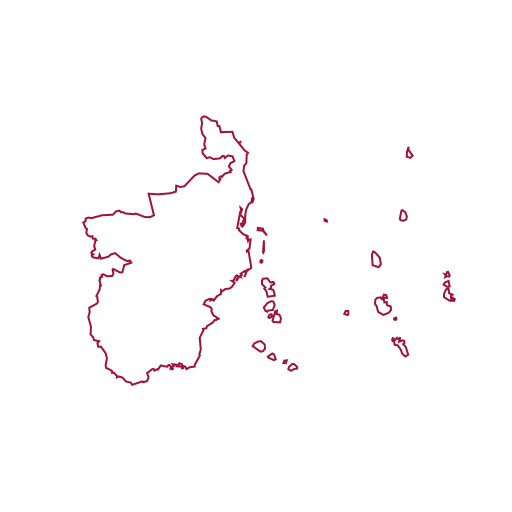 Kota Makassar, Sulawesi Selatan, Indonesia, rotated 158°
{"feature_id": "22746128B73854317646589", "entity_name": "Kota Makassar", "entity_type": "district", "adm_level": 2, "iso_a3": "IDN", "parent_name": "Indonesia", "parent_adm1": "Sulawesi Selatan", "projection": "mercator", "projection_center": [119.406, -5.12], "detail": "fine", "context": "isolated", "style": "outline", "palette": "rose", "viewbox_px": 512, "rotation_deg": 158, "n_neighbors": 0, "source": "geoboundaries", "source_scale": "gbopen_adm2", "svg_char_len": 6141}
<svg xmlns="http://www.w3.org/2000/svg" viewBox="0 0 512 512"><g transform="rotate(158 256 256)"><path d="M407.9,316.0L402.9,312.8L400.6,315.7L400.6,311.5L393.3,310.7L389.8,311.8L385.5,311.4L382.1,305.1L378.1,300.3L376.5,299.1L374.6,299.1L374.1,296.5L381.6,296.9L386.0,291.0L388.3,291.7L393.3,297.5L394.0,297.3L394.9,292.9L396.9,291.4L401.4,292.8L404.5,296.3L406.4,296.2L406.7,294.3L408.8,294.5L409.2,292.7L410.3,292.2L410.8,287.0L411.5,287.3L413.5,283.6L419.0,278.6L418.5,277.5L419.9,272.5L421.4,271.5L430.0,270.5L431.3,266.2L434.4,262.1L435.5,252.2L438.8,245.1L437.5,241.9L437.7,238.7L433.4,235.7L435.7,234.6L436.3,231.0L433.7,230.0L431.8,221.9L432.6,216.9L436.3,211.1L436.9,208.4L432.6,203.7L433.2,201.5L431.4,201.0L429.9,196.8L430.3,195.6L428.8,195.9L425.4,193.4L423.5,188.3L419.5,185.5L419.1,183.0L409.6,182.4L408.1,182.2L407.8,181.2L403.9,180.8L401.0,183.9L400.8,188.3L394.9,189.9L393.2,189.7L393.1,187.7L389.9,188.1L389.4,187.4L385.4,190.2L379.8,186.6L378.1,187.7L377.0,187.3L376.5,185.0L377.6,183.5L376.2,182.3L375.2,182.6L375.3,184.7L373.2,184.9L373.8,186.8L370.8,185.3L370.8,183.4L367.9,182.0L368.6,184.6L367.2,185.3L365.1,183.2L366.7,179.6L365.4,179.4L364.6,181.3L362.9,179.8L362.9,177.2L358.9,177.7L354.3,176.4L353.6,178.0L345.3,184.8L345.4,186.0L342.2,190.1L338.8,201.3L332.5,206.9L332.5,208.4L329.2,207.6L327.8,209.3L320.9,210.5L318.5,212.1L317.0,211.5L315.5,212.5L313.5,211.1L317.7,216.9L318.2,221.2L317.0,223.0L317.2,225.4L322.6,230.8L319.7,233.4L315.0,233.7L313.4,232.7L314.6,232.7L315.0,231.8L312.1,231.7L311.8,230.5L307.3,233.3L302.7,234.0L301.1,237.5L300.2,236.0L296.6,236.9L292.8,235.7L290.0,236.4L285.2,239.5L285.9,239.1L287.7,242.0L286.1,241.5L282.5,244.8L281.1,245.3L279.8,243.1L281.5,242.4L281.3,242.1L282.8,241.3L283.8,240.0L279.1,243.4L278.0,242.3L278.1,243.4L276.4,243.5L276.9,245.3L272.2,246.3L271.6,244.1L274.7,240.7L271.4,244.0L271.5,246.0L270.2,245.4L269.5,246.2L269.2,244.8L269.0,246.3L265.8,246.3L264.6,247.4L261.0,263.8L262.7,263.5L262.5,264.6L259.3,265.3L254.8,273.4L256.9,273.8L257.8,272.9L257.7,274.5L256.8,274.4L256.0,274.4L257.6,274.8L257.6,276.8L256.3,276.9L256.3,277.2L257.6,276.9L256.9,278.3L259.6,280.9L262.0,286.0L261.3,287.7L263.0,288.9L253.9,303.1L252.4,304.2L252.2,306.3L251.3,304.6L255.2,300.2L252.9,295.2L256.6,291.1L257.9,291.6L258.2,289.1L257.4,288.3L253.4,291.2L250.4,298.6L247.4,303.1L243.3,306.8L240.1,307.7L238.0,310.9L237.3,310.3L239.9,306.3L236.8,309.8L235.4,319.3L236.1,319.6L235.8,339.6L233.2,344.1L230.0,345.9L226.8,353.2L224.8,354.6L227.0,358.2L229.6,366.5L226.8,368.0L229.7,367.1L231.9,373.5L231.4,380.0L242.2,384.0L241.2,390.1L242.8,390.9L242.0,395.5L246.7,398.5L250.1,403.7L251.9,405.0L254.2,404.7L255.4,403.8L256.2,399.5L259.2,394.4L260.0,389.1L258.6,384.3L262.2,379.0L262.5,374.6L266.0,374.4L267.0,371.2L265.1,365.2L261.8,364.9L259.2,361.8L252.8,360.0L249.5,361.3L248.3,360.6L248.2,358.5L244.2,359.7L240.4,357.1L240.5,352.1L245.0,351.7L247.6,349.2L246.3,345.0L248.0,344.7L248.0,343.4L254.1,344.1L257.9,342.1L258.4,343.0L260.3,342.8L261.0,341.8L260.2,340.6L263.0,338.4L270.2,350.4L278.0,354.0L282.8,353.6L296.3,347.5L300.4,348.4L303.6,351.1L306.2,345.7L312.1,346.3L324.1,350.0L332.2,354.0L335.5,331.1L335.7,332.0L339.7,331.7L344.4,333.7L351.7,340.5L352.9,340.2L361.3,344.4L363.1,346.7L364.9,347.1L365.5,349.2L369.1,349.8L373.2,347.9L383.4,351.4L394.7,352.8L396.9,354.4L399.9,354.5L401.0,352.1L403.6,351.8L403.5,345.5L402.6,344.3L404.6,341.2L404.4,338.2L401.9,335.8L400.3,335.6L400.8,333.3L398.4,332.1L399.1,331.3L398.2,330.4L399.2,330.2L402.3,326.0L402.6,322.2L406.0,321.8L407.5,320.6L406.5,318.7L407.5,319.0L408.1,318.1L407.9,316.0ZM162.9,164.5L163.7,158.5L160.0,153.7L154.3,153.6L150.9,155.5L150.0,158.9L152.9,161.2L152.0,164.3L154.4,164.8L153.8,167.7L155.6,168.8L155.8,170.9L159.5,171.8L161.7,170.8L163.6,167.0L162.9,164.5ZM260.4,213.8L253.4,212.2L252.9,215.3L252.7,218.2L255.8,220.4L253.9,220.8L253.2,222.8L249.7,223.1L249.4,224.7L249.8,225.6L252.5,226.0L253.9,231.1L258.1,232.3L259.7,230.9L261.0,227.7L259.1,223.4L260.5,222.8L259.6,219.6L260.4,213.8ZM155.3,107.0L151.9,107.4L151.2,115.4L152.6,119.1L151.0,119.8L150.3,121.6L151.6,122.8L155.3,122.9L152.6,126.4L155.0,125.3L155.9,127.3L159.9,125.3L160.7,121.7L158.0,120.0L156.8,114.5L157.1,111.0L155.3,107.0ZM145.6,216.3L148.1,213.7L151.3,203.8L146.4,199.6L143.2,201.8L141.9,208.2L144.2,214.7L145.6,216.3ZM290.2,175.6L292.9,173.7L287.7,165.7L285.5,165.1L282.3,166.7L281.1,170.7L283.3,175.1L285.7,175.9L290.2,175.6ZM265.9,200.9L260.5,199.7L257.0,203.7L257.0,207.3L259.0,208.4L263.2,208.0L268.1,205.3L267.8,201.5L266.5,200.2L265.9,200.9ZM93.3,142.1L89.1,140.2L87.9,141.5L89.0,143.1L89.1,141.4L91.4,142.3L90.3,145.9L88.3,146.5L90.9,149.1L89.7,153.6L92.2,153.9L95.6,150.8L97.1,147.5L93.3,142.1ZM258.8,197.6L265.0,189.7L264.5,188.2L258.6,185.5L256.3,188.6L256.1,191.5L256.7,193.2L258.7,194.5L257.0,197.5L258.8,197.6ZM106.3,233.5L103.3,233.5L101.4,235.9L101.1,240.3L103.1,243.7L104.3,243.4L108.8,236.5L108.4,235.0L106.3,233.5ZM262.6,136.9L260.2,136.2L259.4,137.7L261.1,141.4L262.6,142.3L266.8,141.0L268.4,138.9L266.6,136.5L262.6,136.9ZM282.7,157.2L278.5,152.8L276.4,152.8L276.2,157.9L277.4,159.5L282.7,158.3L282.7,157.2ZM79.1,291.6L76.1,289.2L73.2,290.4L74.9,297.4L73.6,300.0L76.9,296.1L79.1,291.6ZM90.5,155.9L87.8,155.4L86.8,160.7L90.5,160.8L92.8,159.2L90.5,155.9ZM193.5,171.4L195.8,169.3L193.2,166.9L192.0,167.6L191.1,170.5L193.5,171.4ZM86.9,165.8L84.8,164.6L83.8,165.1L83.8,169.4L85.0,169.5L86.7,167.6L87.8,168.4L87.3,167.0L88.4,165.6L86.9,165.8ZM240.2,276.8L238.2,271.0L239.8,277.6L239.3,278.6L243.7,281.4L244.8,279.3L240.2,276.8ZM152.0,172.3L153.9,169.9L150.2,168.0L149.9,171.0L152.0,172.3ZM265.6,196.6L267.5,194.7L266.9,193.5L264.7,193.7L263.3,194.9L263.5,196.2L265.6,196.6ZM269.0,148.4L270.7,146.4L268.5,145.5L266.5,147.7L269.0,148.4ZM242.8,267.6L248.1,256.7L248.0,256.3L246.7,257.7L242.8,267.6ZM151.1,146.5L151.7,145.5L150.6,144.4L149.6,144.7L149.1,146.3L151.1,146.5ZM178.7,264.4L179.2,262.9L177.3,261.4L177.1,262.8L178.7,264.4ZM160.0,128.6L161.3,127.2L161.1,126.4L159.3,128.0L160.0,128.6ZM253.2,247.7L251.8,249.1L252.7,250.4L254.1,249.3L254.2,248.3L253.2,247.7Z" fill="none" stroke="#9f1239" stroke-width="2"/></g></svg>